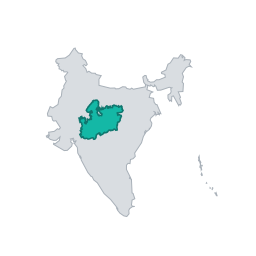 where Madhya Pradesh sits in India, rotated 342°
{"feature_id": "IND-3261", "entity_name": "Madhya Pradesh", "entity_type": "State", "adm_level": 1, "iso_a3": "IND", "parent_name": "India", "parent_adm1": "", "projection": "robinson", "projection_center": [78.282, 23.967], "detail": "fine", "context": "in_parent", "style": "filled", "palette": "teal", "viewbox_px": 256, "rotation_deg": 342, "n_neighbors": 0, "source": "natural_earth", "source_scale": "10m", "svg_char_len": 9164}
<svg xmlns="http://www.w3.org/2000/svg" viewBox="0 0 256 256"><g transform="rotate(342 128 128)"><path d="M47.8,110.4L50.9,109.7L51.2,107.5L56.9,108.4L60.7,106.9L61.9,108.0L63.8,106.9L61.7,98.8L59.6,98.5L58.7,97.2L59.0,93.4L55.5,91.9L55.8,89.4L60.6,83.6L62.7,85.7L68.7,84.0L71.3,79.0L74.4,77.2L77.1,71.4L79.4,70.3L79.9,68.1L84.0,64.3L83.4,63.3L83.6,59.3L87.8,56.7L87.3,55.7L84.4,54.9L84.3,53.2L82.6,53.1L82.3,51.7L80.7,50.4L81.6,48.4L80.6,47.0L82.1,45.6L80.3,44.7L80.7,43.7L79.7,42.8L80.6,41.0L82.5,40.3L90.0,42.0L94.8,40.5L101.2,35.6L102.5,35.7L102.3,37.2L104.0,41.3L107.5,43.3L106.2,45.1L106.6,48.4L108.4,50.6L108.9,54.9L107.2,55.8L106.1,54.2L104.4,54.7L106.2,58.4L106.3,62.4L108.3,61.9L110.4,64.6L113.9,65.9L114.2,67.3L118.7,69.9L115.4,72.7L113.6,78.5L123.4,84.6L127.9,85.9L128.2,86.9L131.3,87.8L135.7,87.1L138.5,88.3L139.0,90.0L142.0,91.8L143.8,91.2L145.1,92.8L157.2,94.2L158.1,92.0L157.1,89.4L157.8,84.1L160.2,83.2L161.4,83.7L161.2,86.9L162.0,88.2L161.2,89.1L163.5,91.4L166.9,92.1L170.1,90.9L172.3,91.7L179.2,91.2L179.6,88.4L176.8,86.6L177.0,85.3L182.0,84.6L185.7,79.7L188.4,79.1L193.0,75.4L197.3,77.1L200.7,74.5L202.5,75.8L201.3,76.8L201.4,77.9L203.0,77.0L203.9,78.9L202.3,81.1L204.1,80.8L208.1,82.4L208.2,84.2L205.8,86.4L207.2,89.5L205.1,88.1L202.1,88.5L196.5,92.8L196.6,96.4L193.7,101.0L194.5,102.8L191.5,110.3L187.0,109.1L187.4,115.1L186.3,115.7L186.4,120.9L185.1,122.4L184.0,121.5L183.2,122.5L181.1,111.5L179.4,111.5L177.7,116.1L176.7,114.6L176.0,115.3L175.2,112.2L176.2,108.9L179.0,108.2L180.2,106.9L180.8,103.8L182.2,103.4L179.8,102.0L170.9,102.1L167.6,101.2L167.4,97.0L166.5,95.3L165.9,96.6L164.9,96.6L162.9,94.0L161.9,95.0L159.3,93.0L159.7,94.3L157.8,97.4L162.7,101.4L160.0,101.9L157.6,105.5L161.5,107.7L160.8,111.6L161.7,114.3L162.8,114.7L163.7,124.6L162.6,124.0L162.0,125.0L161.3,121.6L161.1,124.5L159.4,123.9L158.5,124.7L158.9,121.5L157.4,119.9L158.7,121.6L157.5,123.5L152.8,125.6L151.5,127.3L152.2,130.7L151.0,133.2L148.9,135.2L148.2,134.9L148.0,135.9L144.5,137.2L144.1,135.9L142.7,136.8L142.3,137.8L143.7,137.6L140.0,140.8L136.3,146.2L126.6,153.9L126.1,157.3L123.3,158.8L120.6,158.7L118.9,162.5L117.1,161.6L115.1,162.8L113.7,166.9L115.2,177.1L114.3,175.6L113.8,176.3L115.4,177.9L111.8,191.0L112.6,191.8L112.6,197.4L109.6,197.8L107.5,202.3L108.0,203.8L110.2,204.7L107.7,204.2L104.6,205.2L103.3,206.6L102.5,209.9L99.5,211.8L96.9,210.3L94.0,206.5L92.7,203.0L92.3,199.9L93.5,202.5L92.9,200.0L89.4,190.7L85.0,183.0L81.9,170.6L79.4,166.9L78.8,163.1L78.0,162.8L76.1,158.0L73.6,143.9L74.3,141.5L74.1,140.6L73.4,141.8L73.2,141.1L73.3,139.7L74.2,139.9L73.1,139.3L72.5,136.3L73.8,130.9L72.3,126.4L72.9,125.8L72.3,125.8L75.1,124.0L71.9,124.3L72.8,122.5L71.8,122.5L72.0,121.3L73.4,120.9L69.9,120.6L70.4,121.8L69.1,123.5L70.3,125.4L68.9,127.8L63.4,130.5L60.4,129.8L52.1,120.5L52.6,119.5L53.8,120.5L58.8,118.7L60.6,115.4L56.0,117.5L53.6,116.9L50.4,114.7L49.2,112.3L51.2,110.5L48.1,112.1L47.8,110.4ZM185.3,189.6L184.2,187.4L185.6,185.2L185.9,177.9L187.0,176.7L186.1,180.6L186.7,183.2L186.0,183.8L185.3,189.6ZM191.8,217.2L191.8,220.4L190.9,218.7L191.8,217.2ZM184.1,195.9L183.4,196.0L183.2,194.6L184.1,193.7L184.1,195.9ZM189.2,212.2L189.1,213.1L189.0,212.3L189.2,212.2ZM190.1,211.0L189.8,212.2L189.9,210.9L190.1,211.0ZM191.0,216.1L190.7,217.1L190.5,216.7L191.0,216.1ZM185.9,204.8L185.4,204.8L185.7,204.3L185.9,204.8ZM185.1,190.1L184.6,190.6L184.8,189.8L185.1,190.1ZM186.9,186.4L187.1,187.3L186.5,186.6L186.9,186.4ZM187.9,210.7L187.4,210.6L187.6,210.1L187.9,210.7ZM185.2,180.5L184.9,181.5L185.1,180.4L185.2,180.5Z" fill="#d9dde1" stroke="#a8b0b8" stroke-width="1"/><path d="M104.0,91.1L105.3,91.8L106.1,91.5L106.3,91.6L106.6,91.7L107.0,92.1L107.3,92.1L107.5,92.8L108.0,93.6L108.0,94.2L108.1,94.4L107.9,94.8L107.4,95.0L107.5,95.4L107.3,95.5L107.5,96.0L106.7,97.7L106.3,98.0L106.2,98.3L106.4,98.9L105.3,99.4L104.3,99.5L104.1,100.1L103.6,100.5L104.3,101.9L104.0,103.1L103.2,103.9L103.5,104.4L103.7,105.5L103.5,106.2L103.8,106.6L104.2,106.9L104.1,107.2L104.2,107.5L104.6,107.5L104.8,106.9L105.9,107.6L106.4,107.7L106.4,108.0L106.7,108.1L107.6,106.8L107.6,106.5L107.3,106.4L107.3,106.1L107.0,105.5L106.8,105.3L106.3,105.4L106.2,105.3L106.3,104.8L106.2,104.0L105.8,103.5L105.6,102.4L105.4,101.7L105.1,101.3L105.4,100.7L105.8,100.4L106.3,100.8L106.4,100.3L106.2,100.1L106.2,99.9L106.5,99.7L106.7,100.3L106.8,100.4L107.0,99.8L107.2,99.6L107.3,99.8L107.3,100.2L107.5,100.2L107.5,100.3L107.4,101.1L107.0,101.5L107.1,101.9L107.7,101.5L107.7,101.3L108.0,101.4L107.8,101.7L107.9,102.0L108.4,101.8L108.5,102.1L108.7,101.9L109.3,102.0L109.4,101.9L109.2,101.2L109.5,100.7L109.5,100.8L109.4,101.3L109.5,101.5L109.7,101.3L110.2,101.2L109.6,102.1L109.6,102.4L109.7,102.6L109.9,102.6L110.0,102.2L110.3,102.4L110.8,101.9L111.3,102.1L112.0,102.1L112.5,102.1L112.4,101.6L112.5,101.5L112.8,101.4L113.8,100.7L114.0,100.8L114.4,100.4L114.8,100.4L115.0,100.6L115.1,101.2L115.5,101.5L115.6,101.9L115.0,102.5L114.8,102.5L114.8,102.8L114.9,103.0L115.5,103.0L115.5,102.7L115.8,103.0L116.1,102.7L115.9,102.6L115.8,102.3L116.3,102.4L116.4,102.1L116.8,102.6L117.2,102.5L117.3,102.4L117.0,102.1L117.6,102.0L117.7,101.7L117.9,101.7L118.0,101.9L117.5,103.2L117.7,103.3L118.3,103.2L118.5,103.4L118.8,103.3L119.4,103.7L119.5,103.4L119.8,103.3L119.8,103.0L120.1,102.5L120.1,102.0L120.8,102.1L120.8,102.4L121.1,102.4L121.4,102.3L121.1,102.0L121.8,101.8L122.0,102.5L122.7,102.7L123.0,102.9L123.5,102.9L123.6,103.2L123.6,103.5L124.1,103.9L124.5,104.0L125.0,104.3L125.5,104.1L125.5,104.6L125.8,104.4L125.8,104.9L126.1,105.0L126.0,105.4L126.6,105.4L126.7,104.9L127.6,105.1L128.3,104.9L128.3,105.1L128.6,105.2L128.9,105.7L128.8,105.9L128.5,105.8L128.4,106.0L128.4,106.8L128.6,106.9L128.6,107.4L128.4,108.1L128.1,108.3L128.4,108.8L128.4,109.1L128.8,109.5L128.7,109.9L128.1,110.2L127.9,110.5L127.1,111.0L124.8,110.8L124.4,110.6L124.0,110.5L123.3,110.8L122.6,110.2L122.3,110.4L122.6,111.4L122.5,111.8L122.3,111.9L122.1,112.3L122.3,112.8L123.1,112.4L124.0,112.7L124.6,113.6L125.0,113.6L125.4,113.9L125.3,115.0L125.1,115.3L124.8,115.3L124.1,115.7L124.1,116.3L123.2,117.0L123.1,118.1L122.6,118.4L122.4,118.8L121.9,119.0L121.2,119.5L120.9,119.2L120.2,119.5L120.0,119.3L119.8,119.4L119.6,119.8L119.5,120.5L119.1,121.0L119.0,121.5L118.8,121.6L118.9,121.9L118.8,122.0L118.5,121.7L118.4,121.8L118.0,122.7L117.9,123.6L117.7,123.9L117.5,124.0L117.4,125.7L117.1,126.5L116.8,126.7L116.0,126.2L115.6,126.2L115.7,125.9L115.6,125.7L115.2,125.4L115.1,125.1L114.4,124.7L113.4,125.3L113.2,125.2L112.5,125.4L112.3,125.1L112.0,125.0L111.5,125.0L110.9,125.3L110.7,124.8L110.5,124.5L109.2,124.2L109.0,124.6L107.5,125.0L107.3,125.1L107.4,125.3L107.3,125.5L106.7,125.6L105.7,125.7L105.0,125.4L104.6,125.5L104.5,124.9L104.3,124.8L103.9,125.0L103.3,125.2L102.7,125.8L101.7,126.2L101.1,126.1L100.6,126.4L100.2,126.2L99.8,126.3L99.6,126.1L99.4,126.3L99.1,125.6L99.1,125.3L99.9,125.3L99.7,124.2L99.3,123.8L98.5,123.8L97.9,124.3L97.7,124.1L97.3,124.1L96.8,124.3L96.2,124.8L95.6,124.9L95.4,125.7L95.1,126.2L94.6,126.5L94.7,127.2L94.6,127.4L93.9,127.6L93.4,128.2L92.7,128.3L92.0,128.2L91.7,127.8L91.7,127.7L91.9,127.5L91.8,127.0L91.6,126.4L90.4,126.2L88.4,126.4L86.7,126.2L86.3,126.0L85.9,125.3L85.6,125.1L84.8,124.8L83.9,124.9L82.9,124.2L82.7,123.6L82.7,122.7L82.3,122.2L81.4,122.8L80.7,122.7L80.8,121.9L80.4,121.0L80.3,120.3L80.5,120.1L80.8,120.3L81.1,120.2L81.4,119.9L81.1,119.7L80.6,119.7L80.2,119.3L80.2,119.1L80.9,119.1L81.5,118.4L82.1,118.2L82.6,117.1L82.4,116.8L82.0,116.7L81.8,115.7L82.2,115.5L82.7,115.5L84.0,114.8L83.7,114.5L83.0,114.3L83.0,114.1L83.2,113.6L83.6,113.2L84.8,112.5L85.3,111.6L85.1,110.4L85.5,109.2L85.1,108.7L84.9,108.0L84.7,107.8L84.1,107.8L84.3,107.2L84.8,106.7L84.7,106.5L84.1,106.3L84.1,106.1L84.5,105.2L84.4,104.8L84.4,104.5L84.6,104.8L85.0,105.2L85.4,105.1L85.5,104.5L84.7,104.4L84.6,103.5L84.9,103.5L85.6,103.9L85.9,103.7L86.2,103.7L86.2,103.2L86.4,102.8L87.4,102.7L87.3,103.1L87.4,103.5L87.0,103.5L87.3,103.8L87.8,103.7L87.9,103.8L87.6,104.1L87.3,104.1L86.7,103.8L86.8,104.2L86.6,104.5L86.7,104.8L88.1,105.0L89.2,104.8L89.8,104.5L90.1,104.9L90.1,105.2L90.5,105.6L90.5,106.3L90.3,106.5L89.9,106.3L89.7,106.8L89.8,107.3L90.1,107.6L89.8,108.4L90.1,108.9L89.7,109.5L89.4,109.3L89.1,109.5L88.6,109.2L88.3,109.6L88.4,110.0L88.8,110.3L88.9,110.7L89.5,110.9L89.6,110.4L89.7,110.0L90.0,110.3L91.1,109.7L91.1,109.3L91.8,108.6L91.9,107.5L92.1,107.2L92.2,107.5L92.4,107.7L93.7,107.8L94.0,108.2L94.4,107.7L94.8,107.5L94.8,108.0L95.4,108.5L95.9,108.4L96.1,108.0L95.7,107.3L95.6,105.9L96.0,105.9L96.1,106.3L96.3,106.3L96.9,106.0L97.0,105.8L96.8,105.0L96.5,104.7L95.9,104.6L95.5,104.2L96.1,103.8L95.9,103.0L96.0,102.8L96.7,102.5L97.8,102.2L98.5,102.4L98.8,102.2L98.9,101.7L98.7,101.3L98.7,101.0L98.6,100.7L98.7,100.4L98.5,100.2L98.3,100.2L98.0,100.4L97.7,100.9L97.2,100.8L96.3,101.1L96.0,100.9L95.5,100.9L95.1,100.7L94.8,100.6L94.5,100.3L94.2,100.1L94.1,99.5L93.8,98.4L94.0,98.3L94.1,97.9L94.7,97.2L95.3,97.1L96.2,96.0L96.7,95.8L96.8,95.5L97.2,95.5L97.4,95.1L97.9,95.1L98.6,94.3L99.0,94.3L99.2,94.0L99.6,94.0L100.1,93.5L100.7,93.4L101.3,92.9L101.2,92.8L101.6,92.6L101.7,92.4L102.3,92.2L102.7,92.3L102.8,91.5L103.1,91.6L103.2,91.4L103.6,91.4L103.8,91.2L104.0,91.1Z" fill="#14b8a6" stroke="#0f766e" stroke-width="1.5"/></g></svg>